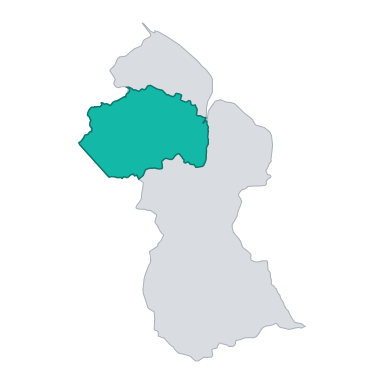 Cuyuni-Mazaruni on a map of Guyana (Albers equal-area conic projection)
{"feature_id": "GUY-676", "entity_name": "Cuyuni-Mazaruni", "entity_type": "Region", "adm_level": 1, "iso_a3": "GUY", "parent_name": "Guyana", "parent_adm1": "", "projection": "albers", "projection_center": [-59.812, 6.174], "detail": "fine", "context": "in_parent", "style": "filled", "palette": "teal", "viewbox_px": 384, "rotation_deg": 0, "n_neighbors": 0, "source": "natural_earth", "source_scale": "10m", "svg_char_len": 8063}
<svg xmlns="http://www.w3.org/2000/svg" viewBox="0 0 384 384"><path d="M108.8,177.1L99.2,166.2L89.4,155.3L79.8,144.5L79.2,143.1L83.2,138.0L86.8,134.3L89.8,132.3L91.2,130.4L90.2,122.6L90.2,119.7L88.9,116.7L87.9,113.2L89.1,110.3L90.5,108.3L92.4,107.6L96.9,106.9L100.0,106.6L101.1,105.4L103.0,104.1L105.4,104.0L110.1,105.0L112.2,103.2L116.1,100.9L124.9,96.8L126.8,94.2L128.2,90.1L128.0,88.2L127.1,87.4L125.0,86.7L121.7,86.7L119.0,87.7L116.3,87.1L114.0,84.6L113.9,82.5L115.2,79.5L114.4,77.6L110.1,71.3L110.1,69.6L113.3,66.8L115.1,64.5L117.5,58.8L119.5,56.9L125.6,56.2L127.1,55.0L130.2,52.0L134.8,48.6L141.4,45.8L143.3,40.9L144.5,39.5L149.8,36.9L150.7,35.5L150.6,34.2L142.1,23.0L143.8,23.8L150.4,31.1L154.0,32.7L154.8,32.7L154.8,30.8L158.1,31.6L166.8,36.6L179.4,44.9L197.1,60.4L202.2,66.4L205.6,69.1L210.9,75.9L212.4,79.3L212.3,92.5L207.7,101.5L206.5,108.2L206.3,117.2L203.6,122.3L207.2,119.5L208.3,111.4L211.4,106.5L215.3,101.1L220.7,99.8L226.4,102.1L231.0,102.5L235.1,104.0L243.8,112.6L252.3,119.4L255.4,124.9L264.4,127.6L269.8,131.9L271.5,135.6L272.6,145.4L270.9,160.1L271.4,160.9L269.0,163.8L268.6,165.6L267.0,168.9L265.8,170.7L267.6,174.8L269.6,174.9L270.4,175.5L270.9,176.3L270.8,177.1L270.0,177.9L268.1,178.9L266.2,181.3L266.4,183.9L265.3,185.2L261.6,185.9L254.3,186.0L250.7,186.2L247.8,186.6L246.0,188.3L243.6,189.5L241.7,189.8L240.1,191.7L238.4,194.5L239.0,196.4L240.7,198.9L241.7,201.5L240.4,205.7L239.0,208.9L238.1,211.4L237.0,216.2L234.2,221.4L232.2,224.4L232.2,227.6L233.3,232.2L239.0,238.9L240.9,242.0L242.5,247.2L247.7,251.2L251.0,254.4L250.7,258.7L251.1,260.1L253.1,261.1L255.6,262.0L258.3,261.9L260.7,261.5L261.3,260.9L266.9,260.8L267.5,261.9L267.9,268.1L268.1,270.6L269.5,271.6L270.3,273.1L270.3,274.5L270.6,278.0L271.4,279.8L271.3,283.5L271.9,284.9L273.5,285.8L275.4,288.4L276.2,288.7L276.5,289.7L278.2,293.4L279.1,294.6L279.7,294.7L280.0,296.0L281.2,299.6L282.0,300.4L283.6,303.0L284.3,305.8L286.3,309.0L288.5,311.2L289.4,313.6L292.2,318.7L294.8,322.3L298.4,323.2L301.4,323.7L303.2,325.0L305.1,326.5L303.1,327.2L301.3,328.1L298.9,327.5L295.5,327.9L292.0,328.9L288.8,329.4L282.6,327.8L280.7,327.6L279.5,326.9L276.9,323.8L275.7,323.4L272.4,324.9L268.5,325.9L266.6,325.8L264.3,326.8L262.2,328.3L258.2,334.5L256.1,336.7L253.8,337.7L249.3,337.7L244.5,337.9L241.0,339.5L237.6,340.2L235.9,340.3L235.4,343.7L234.6,345.3L233.5,346.2L230.9,346.5L228.6,346.4L227.1,345.0L224.5,344.3L222.2,343.8L220.6,343.0L219.4,343.2L218.4,344.6L217.6,345.8L216.9,348.0L213.3,348.8L211.8,350.0L212.7,354.2L212.3,355.8L211.5,357.1L207.2,357.4L203.6,357.3L201.5,358.8L198.8,360.6L197.2,361.0L195.4,360.9L192.8,358.8L190.4,356.2L184.4,354.4L178.3,353.0L174.3,348.9L173.4,346.9L171.5,346.0L166.8,341.2L164.2,338.1L161.4,337.3L158.2,336.0L158.3,333.7L158.1,331.6L156.7,330.7L154.8,330.1L154.1,328.9L154.3,326.1L154.7,318.8L154.1,311.8L149.8,309.3L147.9,307.7L144.6,297.3L143.1,292.7L143.0,289.2L144.1,278.8L145.3,274.4L148.7,265.4L150.6,262.3L150.7,260.1L150.5,257.2L149.5,251.4L155.2,247.8L157.6,246.2L158.0,243.8L161.0,240.7L162.4,237.8L163.5,235.5L163.2,234.3L161.9,233.5L160.3,231.4L157.0,225.0L155.9,223.8L154.9,222.0L155.4,219.2L156.6,216.2L156.5,214.9L154.5,213.2L150.5,210.5L147.2,210.3L144.6,209.3L140.8,209.2L137.8,208.9L136.0,207.9L136.4,206.2L137.1,204.9L139.7,201.7L141.4,198.3L141.6,195.0L142.2,190.7L142.9,186.9L143.3,182.6L139.3,179.8L138.0,177.5L136.4,175.4L134.5,175.4L131.8,174.5L127.5,177.2L124.1,176.7L121.8,177.7L116.4,177.5L113.0,176.2L108.8,177.1Z" fill="#d9dde1" stroke="#a8b0b8" stroke-width="1"/><path d="M134.8,175.9L134.1,175.4L133.7,174.3L133.1,174.1L131.2,174.6L130.3,175.0L128.5,176.9L127.6,177.5L126.6,177.5L124.6,176.8L123.6,176.8L123.3,177.1L122.7,178.0L122.3,178.4L121.9,178.3L121.6,178.1L121.3,177.8L121.0,177.5L120.1,177.4L117.5,177.7L116.8,177.6L116.3,177.4L115.8,177.1L115.3,176.9L114.7,176.8L112.0,176.6L111.0,176.6L109.0,177.1L105.4,173.2L102.0,169.4L98.5,165.5L95.0,161.7L91.6,157.8L88.1,154.0L84.6,150.1L81.2,146.3L79.7,144.6L78.9,142.8L79.4,142.3L81.0,141.4L81.6,140.9L83.8,137.5L84.4,136.0L84.8,135.3L85.4,135.0L86.9,134.7L87.7,134.5L88.2,134.2L88.7,133.6L89.2,132.4L89.8,131.9L90.4,131.8L91.1,131.8L91.6,131.7L91.7,131.0L91.7,130.3L92.0,128.6L91.9,128.1L91.7,128.0L91.6,127.9L91.5,127.6L91.2,127.3L90.4,126.7L90.2,126.3L89.8,125.0L89.8,124.5L90.1,122.3L90.3,121.7L90.7,121.1L90.8,120.7L90.8,120.4L90.8,120.0L90.6,119.6L90.1,118.9L89.7,117.5L89.3,116.8L88.6,116.2L88.0,115.8L87.6,115.4L87.5,114.4L87.8,112.9L88.5,111.2L89.4,109.5L90.8,107.9L91.2,107.3L92.1,107.2L93.1,107.3L94.0,107.5L94.4,106.7L95.4,106.8L96.3,107.1L97.2,106.5L99.3,106.8L100.2,106.6L100.5,106.4L101.7,105.1L101.8,104.9L101.8,104.6L101.7,104.1L101.3,103.5L101.2,103.0L101.4,102.8L102.0,102.8L103.0,103.1L103.3,103.3L103.7,103.7L104.1,104.0L104.6,104.1L105.0,104.1L106.1,103.8L106.6,103.8L107.6,104.0L109.2,105.1L109.9,105.4L110.9,105.0L111.6,104.2L112.9,102.4L113.7,101.8L114.5,101.4L117.8,100.6L123.7,97.0L124.9,96.7L125.7,97.2L126.1,94.9L126.5,94.1L127.2,93.5L127.9,93.0L128.6,92.5L129.0,91.8L129.4,91.1L129.6,90.3L129.5,89.5L129.2,88.8L128.6,88.2L127.0,87.3L127.5,87.2L128.3,87.1L129.1,87.3L130.7,88.0L132.1,88.8L133.2,89.8L133.6,90.1L133.9,90.1L134.5,89.9L135.0,89.9L135.9,90.1L137.3,90.8L138.9,91.2L139.2,91.1L139.5,91.0L139.8,90.8L140.1,90.5L140.4,90.2L140.7,89.9L140.8,89.6L141.1,89.4L141.5,89.1L142.2,89.0L144.0,89.7L144.5,89.7L144.8,89.6L145.2,89.4L145.5,89.1L145.9,88.5L146.1,88.2L146.8,87.6L147.0,87.3L147.2,86.7L147.2,86.4L147.6,86.1L148.1,85.9L149.5,85.5L150.1,85.4L150.6,85.5L157.2,89.1L162.0,90.2L162.3,90.4L162.6,90.6L166.4,94.5L166.6,94.7L167.0,94.9L168.3,94.8L168.6,94.9L168.9,95.0L169.6,95.6L172.3,96.5L173.0,96.6L173.5,96.6L174.4,95.8L175.0,95.4L175.1,95.2L175.3,94.3L175.4,94.1L175.6,93.9L175.8,93.7L176.3,93.5L176.7,93.4L177.0,93.5L179.1,93.9L181.5,95.0L181.5,96.0L180.6,98.9L180.5,99.7L180.7,100.2L181.0,100.4L181.3,100.5L182.5,100.8L183.2,101.2L183.5,101.3L185.1,101.9L185.7,102.0L186.3,102.1L186.6,102.1L186.8,102.0L187.1,101.9L187.3,101.8L188.2,100.9L188.5,100.7L189.0,100.6L190.2,101.0L190.6,101.7L190.7,102.0L190.9,103.9L191.2,104.5L191.5,104.8L191.9,105.1L192.7,105.3L193.4,105.4L193.7,105.3L193.9,105.3L194.5,105.1L194.9,105.0L195.3,105.0L195.5,105.4L195.5,105.8L196.2,107.5L197.0,108.8L197.1,109.5L196.9,112.1L196.7,113.1L196.5,114.7L196.7,115.2L196.9,115.5L197.2,115.6L197.7,115.7L200.0,115.8L200.6,116.0L201.0,116.1L203.7,117.6L204.2,117.7L204.5,117.7L204.8,117.6L205.1,117.5L205.3,117.5L206.0,117.8L206.0,118.4L203.0,122.7L203.2,122.8L203.3,123.0L204.7,121.7L205.2,121.4L205.3,121.2L205.6,120.8L206.2,121.1L206.6,121.1L206.8,121.1L206.9,121.6L206.9,123.7L207.1,124.6L208.2,126.8L208.3,127.6L208.3,128.0L208.2,128.4L208.1,128.8L207.8,129.1L207.7,129.5L207.9,129.9L208.2,130.3L208.3,130.7L207.7,136.9L207.7,137.8L208.2,138.9L208.3,139.4L208.3,143.2L208.2,144.3L207.6,145.1L206.5,147.6L206.3,148.6L206.5,151.5L206.2,154.5L206.2,157.6L206.0,159.6L205.4,161.5L204.6,163.4L203.6,165.4L202.8,166.2L201.7,166.5L197.7,167.2L195.8,167.3L194.7,165.4L194.4,165.1L194.1,164.9L193.8,164.7L193.4,164.6L193.0,164.5L190.9,164.4L190.6,164.3L190.2,164.1L189.9,163.9L188.7,162.3L188.5,162.1L188.1,162.0L187.7,162.0L186.0,162.7L185.6,162.9L185.2,162.9L184.5,162.7L184.2,162.5L184.0,162.2L183.9,161.9L184.0,160.1L184.0,159.8L183.7,159.5L183.1,158.9L182.8,158.6L182.6,158.3L181.9,157.0L181.7,156.7L180.8,155.8L179.9,154.5L179.5,154.2L179.2,153.9L178.9,153.8L178.5,153.7L178.1,153.8L177.7,153.9L176.0,154.9L175.6,155.3L175.1,155.8L174.2,156.9L173.6,158.0L173.3,158.4L172.9,158.7L172.2,159.2L171.7,159.4L171.2,159.4L170.9,159.5L170.3,159.4L169.6,159.3L166.1,158.3L165.9,158.3L165.7,158.3L165.4,158.4L163.4,159.8L162.1,161.0L161.9,161.3L161.7,161.7L161.7,162.2L162.1,163.9L162.4,167.8L161.9,168.6L159.3,168.9L158.6,168.9L154.4,168.0L153.7,168.0L152.3,168.3L150.3,168.2L149.9,168.2L149.6,168.2L146.6,169.2L146.1,169.4L145.7,169.8L145.3,170.4L144.7,171.4L144.3,172.8L143.5,174.6L143.3,175.2L142.9,175.7L142.2,176.3L140.1,178.0L139.2,178.9L138.8,179.2L138.7,179.1L137.2,175.7L136.8,175.2L134.8,175.9Z" fill="#14b8a6" stroke="#0f766e" stroke-width="1.5"/></svg>